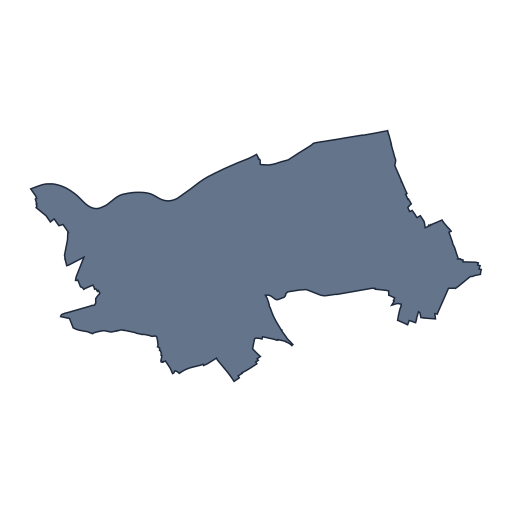 's-Hertogenbosch, Noord-Brabant, Netherlands
{"feature_id": "6326949B79471926410122", "entity_name": "'s-Hertogenbosch", "entity_type": "district", "adm_level": 2, "iso_a3": "NLD", "parent_name": "Netherlands", "parent_adm1": "Noord-Brabant", "projection": "orthographic", "projection_center": [5.356, 51.715], "detail": "fine", "context": "isolated", "style": "filled", "palette": "slate", "viewbox_px": 512, "rotation_deg": 0, "n_neighbors": 0, "source": "geoboundaries", "source_scale": "gbopen_adm2", "svg_char_len": 5889}
<svg xmlns="http://www.w3.org/2000/svg" viewBox="0 0 512 512"><path d="M30.7,188.9L35.5,195.7L36.7,198.3L35.3,199.1L36.8,203.8L36.2,204.0L36.9,206.5L36.4,207.0L36.1,207.6L46.1,215.8L50.4,222.0L54.1,218.9L58.9,225.7L63.0,224.5L68.3,232.1L68.4,232.3L67.9,232.4L67.8,233.2L67.5,239.8L64.5,255.2L65.2,259.0L64.9,259.1L65.4,260.4L66.7,265.7L68.6,265.1L83.9,257.2L76.4,276.2L76.0,277.5L75.5,280.4L76.3,280.5L77.9,280.1L80.5,286.8L82.1,287.5L82.5,287.8L82.8,288.0L83.8,289.4L84.9,288.6L92.8,285.1L93.8,286.8L94.6,289.2L95.4,288.8L95.9,288.9L97.3,291.2L97.5,291.4L98.2,290.5L99.9,293.1L99.8,293.5L98.9,294.4L97.3,296.3L95.8,298.5L95.7,298.8L95.7,303.1L94.7,304.6L94.8,304.6L94.8,304.8L93.8,305.4L92.9,305.3L91.7,305.5L90.9,305.9L67.2,312.7L64.7,313.3L62.2,314.3L61.7,314.6L61.2,315.1L60.6,316.6L69.5,318.5L73.2,327.9L76.5,329.4L78.3,329.9L79.6,330.3L87.4,331.7L92.5,333.7L94.0,332.8L95.2,332.4L99.2,331.4L103.2,330.7L104.5,330.7L110.2,331.9L111.2,332.0L114.7,331.4L116.6,330.7L116.8,331.1L117.6,330.7L118.2,330.7L120.5,330.0L121.4,329.9L124.0,330.4L124.0,330.2L134.7,332.5L135.0,332.4L136.3,333.2L142.8,334.6L143.4,334.3L144.1,334.4L148.1,335.2L149.5,335.5L151.0,336.1L151.8,336.3L152.8,336.3L155.2,336.0L155.8,336.1L156.7,337.0L157.0,337.5L157.1,338.5L157.4,339.8L157.8,342.7L158.0,345.3L157.9,346.1L157.5,346.8L159.6,348.0L159.7,350.1L159.6,350.4L160.3,350.4L160.9,352.1L161.2,352.7L161.1,355.3L161.8,355.4L161.6,357.6L161.0,360.1L160.9,360.3L161.1,360.9L161.0,361.5L161.7,361.3L161.8,361.9L162.0,361.8L162.3,362.0L162.4,362.3L163.1,362.2L163.5,361.6L164.3,361.5L165.4,361.0L169.1,366.5L170.1,368.1L171.0,369.9L171.5,371.2L172.6,373.6L173.8,373.0L174.8,370.9L175.2,370.8L176.9,371.5L177.9,372.1L178.5,372.6L179.2,373.4L180.5,372.6L180.4,372.5L181.3,371.9L184.3,370.2L186.4,369.2L189.5,368.0L192.8,367.1L199.8,365.4L203.1,364.3L203.6,365.5L207.5,363.7L216.5,358.1L216.8,358.9L217.5,360.1L227.3,371.9L230.5,376.1L234.1,381.4L239.3,377.8L238.1,375.9L242.2,373.3L241.9,372.8L246.0,370.7L250.3,368.1L256.9,363.8L255.7,362.0L258.3,360.3L257.1,358.7L260.4,356.5L257.0,353.4L252.6,348.8L254.5,339.1L254.6,338.9L255.2,338.5L255.5,338.2L256.8,338.1L259.0,338.3L260.0,338.5L262.0,339.0L262.5,336.7L274.5,339.4L275.5,339.8L277.2,340.3L277.4,339.7L277.7,339.7L278.4,339.9L278.4,339.7L285.4,341.3L285.7,341.4L285.7,341.8L288.1,342.8L289.6,343.7L291.0,344.7L291.8,345.6L292.9,344.6L289.9,341.3L289.2,340.7L287.3,338.8L286.0,336.7L281.6,330.8L282.0,330.2L281.8,329.9L281.1,329.7L278.8,325.9L276.3,321.7L273.9,317.2L272.1,313.0L270.3,308.0L269.4,306.3L269.2,304.6L268.6,302.6L267.1,298.2L266.8,297.6L265.9,296.3L265.4,295.3L266.4,295.1L267.5,295.1L268.4,295.2L269.7,295.5L270.4,295.8L271.3,296.3L275.3,299.2L276.1,299.6L277.1,299.7L278.2,299.5L284.1,297.3L284.7,296.7L285.3,295.9L285.5,295.5L285.7,294.3L286.1,293.4L287.1,292.4L288.1,291.8L298.9,290.1L305.3,289.6L305.9,289.6L306.7,289.7L320.5,295.1L322.1,295.5L324.6,295.8L326.6,295.6L335.7,294.3L336.1,294.4L337.6,294.3L371.8,288.3L373.2,288.3L375.1,288.4L375.1,289.2L381.2,289.8L386.4,290.4L388.6,290.9L388.8,295.3L389.2,295.3L394.7,297.9L393.4,300.7L394.2,301.2L391.7,305.2L396.1,303.8L397.4,303.6L398.3,303.5L400.6,304.1L401.0,304.0L401.0,304.3L401.2,304.5L400.9,306.3L401.0,306.3L400.0,308.9L399.7,310.0L398.5,315.2L397.6,320.3L397.9,320.4L403.2,322.7L407.6,324.8L409.2,320.5L415.6,322.7L416.6,319.0L416.4,318.9L418.5,311.7L419.1,312.1L419.9,312.9L420.1,313.4L420.5,315.7L420.9,317.6L423.6,317.8L423.6,318.0L435.5,318.9L434.8,313.6L435.5,313.6L437.3,314.1L437.4,313.7L437.7,312.8L448.5,288.3L455.6,288.2L455.6,288.3L455.8,288.2L458.4,286.3L470.1,276.7L470.8,276.5L472.2,276.5L475.3,275.4L480.4,274.4L480.5,273.6L480.9,271.0L481.3,269.5L479.1,269.1L480.1,265.6L477.7,265.1L478.3,262.8L475.5,262.2L463.1,261.9L463.0,259.9L460.6,259.5L460.5,258.8L458.0,258.9L458.4,258.5L458.1,258.3L456.6,253.9L454.7,247.8L452.9,244.0L452.6,243.2L452.3,241.4L451.9,240.6L450.0,235.1L449.0,232.6L449.0,232.4L449.0,232.1L449.3,231.9L451.1,231.4L451.2,231.2L448.6,228.1L448.4,228.2L443.6,222.5L443.5,222.1L442.6,221.0L442.1,220.0L435.9,222.7L433.6,223.6L430.8,224.9L430.7,224.7L430.6,224.8L430.6,225.0L430.4,225.2L430.4,225.5L430.3,224.9L430.0,225.0L430.0,225.7L429.8,225.7L429.7,225.4L428.7,225.8L428.6,225.5L428.1,226.3L427.7,226.7L425.2,227.7L424.5,223.4L424.2,222.0L423.8,221.0L420.3,215.7L417.1,217.6L416.9,217.6L414.8,214.1L412.1,210.4L409.8,211.6L409.7,211.6L407.8,207.6L409.8,205.2L411.3,203.9L408.5,199.0L407.9,199.3L405.7,194.3L406.6,193.7L406.8,193.4L406.9,193.6L407.0,193.5L405.8,191.1L402.2,182.7L401.9,182.4L402.0,182.4L400.8,179.4L395.7,167.7L395.0,166.0L394.8,165.3L394.9,164.9L395.7,160.8L395.6,159.7L395.5,159.3L394.6,157.0L394.0,154.5L391.1,144.3L391.4,144.2L388.8,134.6L388.6,134.6L387.6,130.6L387.0,130.9L383.8,131.4L375.8,133.0L363.4,135.2L362.6,135.3L362.3,135.1L344.0,138.1L338.4,139.1L316.9,142.5L314.6,143.0L313.3,143.4L311.0,145.4L298.1,153.4L297.5,153.8L297.1,154.1L288.5,159.7L287.8,160.0L281.5,161.7L275.3,163.7L272.4,164.4L268.4,165.0L261.1,164.6L260.3,164.4L260.2,162.6L260.1,161.8L260.2,160.7L260.1,160.2L259.9,159.7L259.4,159.1L258.5,159.0L258.5,158.2L256.6,154.4L252.7,156.5L248.3,158.6L237.2,163.0L223.8,168.9L215.7,172.8L208.2,176.6L203.8,179.2L199.4,182.2L190.5,189.0L179.3,197.0L177.1,198.5L174.9,199.5L172.7,200.2L170.4,200.7L168.2,200.9L166.0,200.7L163.8,200.3L161.5,199.5L159.3,198.5L154.9,195.9L152.6,194.7L150.4,193.8L148.2,193.2L146.0,192.8L143.7,192.5L139.3,192.3L134.8,192.4L132.6,192.6L128.2,193.2L123.7,194.1L121.5,194.7L119.3,195.6L117.1,196.9L114.8,198.5L108.2,203.8L105.9,205.4L103.7,206.4L101.5,207.4L99.3,208.2L97.0,208.6L94.8,208.5L92.6,208.0L90.4,207.1L88.1,205.8L85.9,204.1L83.7,202.1L79.2,197.6L77.0,195.5L74.8,193.7L70.3,190.5L65.9,187.9L61.4,186.0L59.2,185.3L57.0,184.7L54.8,184.2L52.5,183.9L48.1,183.9L45.9,184.0L43.6,184.4L41.4,185.0L37.0,186.5L30.7,188.9Z" fill="#64748b" stroke="#1e293b" stroke-width="1.5"/></svg>